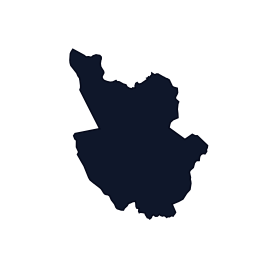 the district of Jucurutu, Rio Grande do Norte, Brazil, rotated 317°
{"feature_id": "56859067B48899253663657", "entity_name": "Jucurutu", "entity_type": "district", "adm_level": 2, "iso_a3": "BRA", "parent_name": "Brazil", "parent_adm1": "Rio Grande do Norte", "projection": "natural_earth1", "projection_center": [-37.004, -6.027], "detail": "fine", "context": "isolated", "style": "filled", "palette": "ink", "viewbox_px": 256, "rotation_deg": 317, "n_neighbors": 0, "source": "geoboundaries", "source_scale": "gbopen_adm2", "svg_char_len": 2468}
<svg xmlns="http://www.w3.org/2000/svg" viewBox="0 0 256 256"><g transform="rotate(317 128 128)"><path d="M118.9,67.3L112.2,90.4L108.6,103.0L106.8,109.2L85.5,96.0L83.0,96.6L81.7,99.8L82.0,101.9L77.3,106.8L75.6,112.0L73.0,112.9L71.2,120.5L70.0,125.8L65.5,137.5L64.9,140.1L65.5,144.8L66.5,150.5L66.9,153.2L66.9,154.7L66.1,158.7L66.0,160.2L66.5,161.4L68.0,163.4L68.3,165.2L67.7,167.0L66.9,169.2L66.4,174.5L65.1,177.9L65.1,179.7L66.0,181.2L67.1,183.3L68.7,184.9L70.6,184.2L72.4,184.2L74.2,184.2L76.9,183.4L78.5,184.2L81.4,185.1L82.4,185.9L83.5,186.5L82.6,188.2L80.4,190.9L79.8,192.5L81.2,194.4L79.0,196.2L78.5,197.6L79.7,198.1L81.4,200.1L82.5,201.9L81.7,203.3L81.4,205.1L81.0,206.7L81.8,208.0L81.9,209.3L83.9,209.4L85.4,208.6L87.5,208.6L87.9,211.2L89.4,212.5L92.1,212.5L92.4,214.5L93.2,215.9L94.4,216.4L95.1,217.4L95.4,219.8L96.5,219.8L97.9,221.3L99.7,221.5L101.0,223.2L102.1,222.8L103.7,222.6L105.3,222.1L108.3,213.7L115.1,216.2L119.7,217.4L126.2,215.7L131.4,215.2L136.2,211.4L137.4,209.8L138.5,207.9L140.0,206.7L141.4,204.3L142.7,202.2L143.8,201.6L144.9,201.3L148.8,201.4L152.9,198.8L155.9,198.5L157.9,200.3L159.9,198.5L161.3,197.6L162.8,197.2L164.2,197.3L165.6,197.9L166.7,199.4L169.5,198.8L170.7,197.1L172.4,196.5L174.2,195.1L173.8,188.3L173.4,181.0L171.7,179.4L170.7,176.5L166.4,175.9L161.8,175.2L158.4,157.9L158.1,155.8L159.1,155.1L161.3,153.6L163.0,152.7L166.6,152.7L171.6,154.5L174.2,151.4L176.8,147.9L180.8,144.4L182.9,143.4L182.5,139.5L183.6,137.8L187.1,136.6L188.4,135.9L191.1,132.5L189.3,129.6L188.7,127.9L190.2,123.1L190.9,121.0L190.3,118.9L189.4,117.4L189.1,116.1L188.2,113.8L187.6,111.7L187.1,110.4L186.8,109.0L185.6,107.9L184.3,107.7L183.5,106.7L182.9,104.1L181.7,105.4L180.0,105.4L178.6,105.9L178.0,104.6L176.9,104.9L175.7,104.4L175.6,105.7L173.9,105.5L170.0,104.9L168.3,104.7L166.8,104.0L165.6,102.9L165.7,101.0L164.1,100.7L162.0,102.0L160.9,103.5L159.7,103.0L158.7,101.8L157.4,102.1L155.9,99.5L155.3,97.2L155.9,95.0L154.4,92.5L153.4,89.3L152.9,88.0L151.5,86.8L151.6,85.1L148.4,84.1L146.2,82.5L144.3,79.7L143.0,77.1L142.8,75.5L143.3,73.6L144.3,72.5L147.9,71.2L148.8,69.8L149.4,66.4L149.9,64.4L151.7,61.9L154.3,59.8L155.4,59.3L156.8,57.8L156.8,55.7L155.6,54.2L154.5,52.7L152.8,52.0L151.7,51.4L150.5,51.6L148.8,50.7L147.8,49.0L145.7,47.4L145.4,45.0L141.3,32.8L138.3,33.6L136.5,34.4L131.8,38.8L130.2,40.8L128.9,43.3L128.1,52.8L127.0,55.8L126.7,58.4L125.0,61.0L122.4,64.6L120.8,66.3L118.9,67.3Z" fill="#0f172a" stroke="#020617" stroke-width="1.5"/></g></svg>